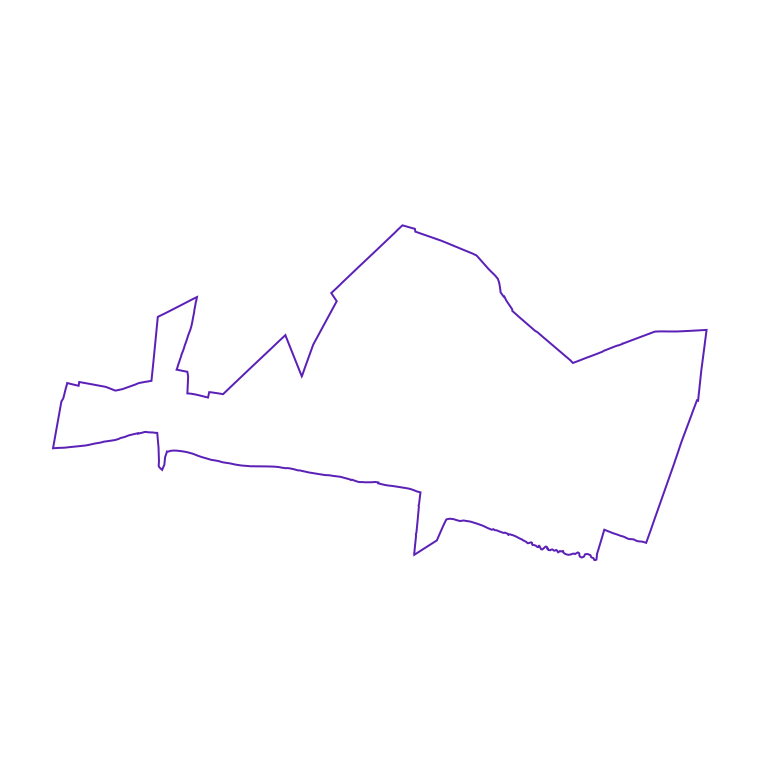 the district of Salacgrīva, Salacgrivas, Latvia, rotated 284°
{"feature_id": "27541924B36810764356206", "entity_name": "Salacgrīva", "entity_type": "district", "adm_level": 2, "iso_a3": "LVA", "parent_name": "Latvia", "parent_adm1": "Salacgrivas", "projection": "equal_earth", "projection_center": [24.355, 57.764], "detail": "fine", "context": "isolated", "style": "outline", "palette": "violet", "viewbox_px": 768, "rotation_deg": 284, "n_neighbors": 0, "source": "geoboundaries", "source_scale": "gbopen_adm2", "svg_char_len": 5910}
<svg xmlns="http://www.w3.org/2000/svg" viewBox="0 0 768 768"><g transform="rotate(284 384 384)"><path d="M241.6,78.4L243.3,83.8L244.8,89.1L246.8,94.5L249.3,101.5L252.3,109.7L253.9,113.1L256.1,117.4L258.6,123.2L260.3,126.2L262.5,131.7L263.8,134.7L264.5,136.5L266.4,139.7L267.9,141.5L269.8,145.1L272.3,148.6L274.0,151.8L276.7,157.1L276.8,157.3L276.3,157.4L277.2,159.1L278.5,161.6L278.7,162.0L279.2,162.7L279.4,163.1L279.5,163.2L279.6,163.6L279.8,164.2L279.9,164.7L280.2,167.4L281.1,171.8L281.2,172.5L281.2,173.5L281.3,174.1L281.7,175.8L274.4,178.3L267.8,180.6L254.4,184.4L250.3,185.1L248.8,186.2L247.2,189.1L247.0,189.5L252.7,190.4L259.8,189.3L266.1,189.8L266.0,190.6L267.5,193.1L268.0,194.4L268.3,195.3L268.6,196.2L268.8,197.2L269.1,198.5L269.6,202.0L270.0,205.7L270.2,208.7L270.1,215.3L269.4,220.6L269.0,225.0L268.8,231.2L268.6,235.0L268.9,237.6L269.2,242.3L269.0,245.9L269.2,248.6L269.3,249.5L269.7,253.6L269.8,257.3L269.9,259.6L270.4,265.2L271.9,274.4L275.6,289.9L277.2,297.2L277.9,301.5L278.2,306.2L278.5,308.9L279.1,310.8L279.4,314.1L279.5,317.5L279.4,319.9L279.4,321.8L279.8,323.2L279.8,324.9L279.9,328.0L280.0,332.5L281.4,349.3L281.8,350.9L282.3,353.4L282.4,355.7L283.4,364.1L283.2,373.9L282.8,375.2L283.1,375.7L283.4,376.0L283.0,380.0L282.8,383.4L283.7,387.1L283.9,388.7L284.8,392.3L285.7,395.8L286.8,399.2L287.1,402.0L287.1,402.4L286.2,402.4L286.2,406.9L286.3,410.1L286.5,412.3L287.1,416.9L287.6,422.3L287.7,423.3L288.0,427.0L288.2,429.3L288.5,433.1L288.5,434.7L288.4,436.3L288.2,438.5L287.7,442.0L287.7,445.6L278.0,446.8L275.9,447.1L274.5,446.9L273.5,447.5L260.6,449.5L247.7,451.4L246.2,451.3L245.4,451.4L244.6,451.8L235.5,453.1L226.5,454.4L225.6,454.7L245.0,473.1L254.5,474.7L262.0,476.0L267.1,477.1L267.8,477.4L269.2,480.3L269.7,484.6L269.5,486.8L269.4,491.1L269.7,491.6L270.2,492.7L270.8,494.2L271.4,501.3L271.0,508.2L270.4,514.3L269.3,519.6L268.7,523.4L268.8,524.2L269.2,524.6L269.5,525.0L269.6,525.3L269.5,525.6L269.3,525.9L269.0,527.2L269.3,528.6L269.0,530.5L268.9,531.2L268.5,535.2L268.5,536.3L269.0,537.2L268.8,539.0L268.5,540.7L268.0,540.8L267.7,541.2L268.0,541.5L268.4,541.9L268.6,542.5L268.4,546.2L267.9,549.3L267.0,552.7L266.5,555.7L266.2,556.1L266.0,556.5L265.8,558.0L265.5,559.1L265.2,560.2L264.7,561.2L264.3,561.8L264.4,562.4L264.8,563.2L265.8,564.7L266.0,565.2L265.6,566.1L264.6,566.3L264.1,566.7L263.8,567.1L264.0,567.6L263.9,570.4L262.9,572.4L263.1,573.2L264.5,573.5L264.6,573.8L261.7,576.4L261.8,577.6L263.2,578.7L264.9,579.8L265.3,580.2L265.4,580.7L265.4,581.1L265.2,581.5L264.7,582.0L263.8,582.1L263.2,582.9L263.5,583.2L263.0,583.5L262.7,583.9L262.9,585.5L263.7,586.2L264.2,587.5L263.5,589.0L263.5,589.7L263.7,590.1L264.4,590.9L264.6,591.6L263.9,592.5L263.3,593.1L262.8,593.7L263.0,594.0L263.6,594.2L263.8,594.5L264.0,594.9L264.5,595.2L264.4,595.6L264.4,596.4L264.6,597.0L265.1,597.7L265.3,598.0L265.2,598.3L264.2,598.5L263.6,599.3L262.9,601.1L262.8,602.5L262.9,604.4L263.8,606.5L264.5,607.4L265.1,608.5L265.4,609.5L265.2,610.5L266.6,611.9L267.4,612.7L267.3,613.8L266.5,614.6L265.0,615.0L263.8,616.0L263.5,617.9L264.8,619.7L265.9,620.0L267.2,620.2L267.8,621.1L268.3,622.6L268.1,623.9L267.9,625.6L267.3,626.1L266.2,626.8L265.8,627.9L265.8,628.9L265.5,629.6L264.5,630.3L264.1,630.8L264.3,631.6L265.0,632.6L267.5,632.3L270.5,631.8L274.4,632.0L274.9,632.1L275.5,632.1L276.0,632.1L282.1,632.4L295.9,633.0L294.6,642.7L294.5,644.9L294.2,648.1L293.9,650.6L293.9,652.9L293.8,653.7L293.6,654.9L293.3,656.0L293.1,657.0L293.0,657.6L292.9,658.7L293.0,660.1L293.4,662.1L293.5,663.0L293.6,664.0L293.4,664.9L293.2,665.7L293.0,666.5L292.9,667.3L292.9,668.7L293.1,670.2L293.3,671.3L293.5,672.4L293.5,673.6L293.4,675.7L293.3,676.8L306.2,678.1L315.2,678.9L343.6,681.6L378.3,684.9L379.0,684.9L388.0,685.7L397.2,686.4L400.5,686.7L428.6,689.9L430.9,690.1L443.9,691.6L443.8,692.8L473.9,688.6L496.6,686.0L514.5,683.9L509.1,666.5L505.7,655.1L501.7,638.6L500.3,634.0L485.0,611.8L480.8,605.8L480.9,605.6L480.3,605.3L479.5,604.1L478.1,602.1L478.1,601.7L476.9,599.8L470.9,591.4L469.4,589.2L468.3,588.3L464.7,583.2L461.0,577.9L458.6,574.3L455.9,570.5L452.5,565.7L450.1,562.2L452.2,558.9L461.7,539.7L466.6,529.9L467.4,528.2L470.7,521.7L471.7,519.6L472.0,518.0L481.9,498.5L482.0,498.3L483.1,496.3L485.9,490.9L487.6,490.2L494.8,482.2L497.1,480.4L497.9,479.6L497.5,479.4L497.7,479.0L501.1,475.0L503.4,474.1L503.7,474.0L506.7,472.8L510.2,471.2L511.6,470.3L513.6,469.0L516.0,465.8L520.0,459.0L521.1,457.3L531.1,442.7L531.3,441.7L531.5,440.6L532.0,438.4L532.1,437.6L534.0,424.5L534.3,422.8L534.7,419.8L536.9,405.0L537.1,402.6L538.5,387.4L539.4,377.6L542.0,376.4L542.4,363.5L536.8,359.9L533.9,358.2L511.4,343.9L492.4,331.7L481.7,324.9L471.6,318.5L469.4,317.2L460.5,311.5L459.5,310.8L452.9,318.1L405.1,305.8L388.5,304.1L379.7,303.2L371.9,302.5L371.5,302.4L406.5,277.2L407.6,276.5L406.0,275.5L400.5,271.9L391.8,266.4L365.6,249.6L335.2,230.3L334.9,226.5L334.9,226.3L334.1,218.1L333.8,216.4L328.3,216.5L328.3,207.3L328.2,203.2L327.9,199.0L327.3,195.5L343.1,192.3L344.3,192.0L348.3,190.2L348.0,185.1L348.0,183.9L347.9,182.8L347.9,181.6L347.8,179.9L347.7,179.3L347.8,179.3L349.4,179.5L351.1,179.6L352.2,179.6L353.3,179.7L354.3,179.8L355.4,179.9L356.2,180.0L357.1,180.0L358.2,180.1L359.3,180.2L360.3,180.3L361.3,180.4L362.3,180.4L363.3,180.4L364.4,180.5L365.6,180.7L367.9,181.0L370.2,181.2L371.2,181.3L372.2,181.3L373.8,181.4L376.5,181.7L378.7,181.9L383.5,182.2L390.5,183.0L393.8,183.1L397.1,183.0L403.7,182.6L406.8,182.5L410.2,182.1L413.4,181.9L415.3,181.8L416.8,181.7L417.9,181.5L418.7,181.7L423.1,181.5L422.0,180.1L402.3,157.6L401.5,156.7L394.4,148.3L347.6,155.2L330.8,157.6L330.5,156.9L328.0,151.1L326.9,148.7L325.7,146.1L324.4,144.2L323.5,143.1L318.9,136.2L316.6,132.7L315.9,131.8L312.8,125.4L312.6,124.7L313.2,120.3L313.9,114.8L313.0,99.9L312.2,87.8L308.4,88.1L308.3,81.2L308.3,76.4L304.6,76.4L303.5,76.3L293.0,76.3L292.5,76.3L289.0,75.2L250.4,77.8L241.6,78.4Z" fill="none" stroke="#5b21b6" stroke-width="2"/></g></svg>